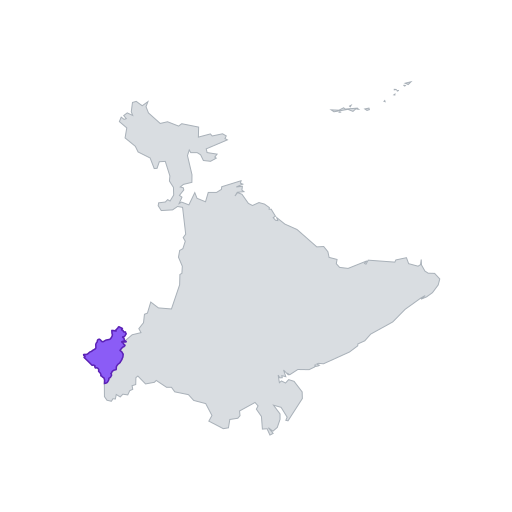 India, with Ladakh highlighted, rotated 257°
{"feature_id": "IND-20012", "entity_name": "Ladakh", "entity_type": "Union Territory", "adm_level": 1, "iso_a3": "IND", "parent_name": "India", "parent_adm1": "", "projection": "mercator", "projection_center": [77.875, 33.921], "detail": "fine", "context": "in_parent", "style": "filled", "palette": "violet", "viewbox_px": 512, "rotation_deg": 257, "n_neighbors": 0, "source": "natural_earth", "source_scale": "10m", "svg_char_len": 7009}
<svg xmlns="http://www.w3.org/2000/svg" viewBox="0 0 512 512"><g transform="rotate(257 256 256)"><path d="M78.4,229.3L85.2,227.9L85.9,223.3L98.4,225.2L106.7,221.9L109.5,224.3L113.5,222.1L108.7,205.1L104.0,204.5L102.0,201.8L102.6,193.7L94.8,190.5L95.1,185.3L105.7,172.9L110.5,177.2L123.5,173.8L129.3,162.8L136.1,159.0L141.9,146.3L147.1,144.1L148.2,139.3L157.2,130.8L155.8,128.6L156.2,119.6L165.6,113.9L164.5,111.6L157.8,109.9L157.5,106.1L153.8,105.9L153.2,102.7L149.5,99.8L151.3,95.2L149.2,92.0L152.5,88.7L148.3,86.8L149.1,84.5L147.0,82.4L149.0,78.3L153.1,76.7L170.3,80.5L181.1,77.1L195.7,65.8L198.7,66.0L198.3,69.4L202.2,79.0L210.0,83.5L207.0,87.8L207.9,95.3L212.0,100.1L213.0,109.8L209.4,111.8L206.7,108.4L202.9,109.5L207.1,117.6L207.2,126.7L211.6,125.5L216.3,131.4L224.3,134.2L224.8,137.4L234.8,143.1L227.4,149.2L223.4,161.7L245.1,175.1L255.1,177.7L255.8,179.9L262.6,181.9L272.3,180.2L278.6,182.9L279.6,186.4L286.3,190.4L290.3,189.2L293.1,192.4L319.9,195.4L321.9,190.7L319.7,185.1L321.6,173.9L327.0,172.0L329.7,173.1L329.0,179.8L330.8,182.6L328.9,184.6L333.9,189.5L341.4,191.0L348.5,188.5L353.3,190.1L368.6,188.9L369.6,183.0L363.7,179.3L364.1,176.5L375.3,174.9L383.9,164.5L390.0,163.1L400.5,155.0L409.9,158.9L417.7,153.1L421.6,155.9L418.8,158.2L419.0,160.5L422.6,158.7L424.4,162.7L420.7,167.5L424.6,166.9L433.4,170.2L433.6,174.1L428.0,178.9L430.7,185.4L426.2,182.4L419.6,183.4L406.7,192.5L406.7,200.0L400.0,209.8L401.6,213.4L394.5,229.1L384.8,226.6L385.2,239.0L382.8,240.3L382.6,250.9L379.7,254.0L377.4,252.2L375.6,254.2L371.6,231.6L367.8,231.6L364.0,241.0L361.7,238.1L360.3,239.3L358.5,233.0L360.9,226.2L367.1,224.8L369.9,222.0L371.4,215.7L374.3,214.8L369.2,211.8L349.6,211.9L342.2,210.1L342.1,201.4L340.3,197.7L338.8,200.5L336.6,200.5L332.3,195.0L330.0,197.1L324.4,192.9L325.3,195.6L320.9,202.1L331.5,210.6L325.5,211.5L320.2,219.0L328.7,223.8L326.8,231.8L328.7,237.3L331.2,238.2L332.7,258.4L330.4,257.2L329.0,259.3L327.7,252.3L327.0,258.4L323.4,257.1L321.4,258.7L322.3,252.1L319.2,249.0L321.9,252.3L319.3,256.2L309.0,260.4L306.0,263.9L307.4,270.9L304.7,275.9L300.2,279.9L298.6,279.3L298.2,281.3L290.4,283.9L289.5,281.4L286.4,283.1L285.6,285.2L288.8,284.8L280.6,291.3L272.5,302.0L251.2,317.3L250.0,324.1L244.0,327.0L238.2,326.9L234.4,334.2L230.4,332.5L226.1,334.9L223.2,342.9L226.3,362.9L224.4,360.0L223.3,361.3L226.7,364.4L218.8,389.9L220.7,391.4L220.5,402.2L214.2,403.0L209.6,411.6L210.6,414.4L215.4,416.2L210.1,415.2L203.3,417.2L200.5,419.9L198.9,426.1L192.3,429.9L186.8,427.0L180.6,419.7L177.8,413.0L176.8,407.1L179.4,411.9L178.0,407.2L170.5,389.3L161.0,374.4L154.1,350.2L148.9,342.9L147.4,335.5L145.6,334.9L141.4,325.4L135.8,297.5L137.4,292.6L137.0,290.9L135.3,293.2L134.9,291.9L135.0,289.0L137.1,289.3L134.7,288.2L133.3,282.2L136.0,271.2L132.7,262.1L134.1,260.8L132.6,260.9L138.7,257.2L131.7,257.9L133.6,254.3L131.5,254.2L131.9,251.8L135.0,250.8L127.3,250.3L128.5,252.7L125.6,256.2L128.2,260.0L125.3,264.9L113.2,270.4L106.7,269.1L88.2,250.1L89.2,248.1L92.0,250.1L102.9,246.4L106.7,239.5L96.7,243.9L91.5,242.7L84.2,238.2L81.5,233.1L85.9,229.4L79.3,232.8L78.4,229.3ZM377.4,387.2L375.1,383.0L378.2,378.6L379.0,364.4L381.5,362.1L379.4,369.6L380.7,374.7L379.1,376.0L377.4,387.2ZM390.8,440.2L390.9,446.2L388.8,442.9L390.8,440.2ZM374.7,399.3L373.1,399.4L372.9,396.9L374.8,395.1L374.7,399.3ZM385.4,430.6L385.2,432.4L384.9,430.8L385.4,430.6ZM387.3,428.2L386.6,430.5L386.8,428.1L387.3,428.2ZM389.2,438.1L388.6,439.9L388.1,439.2L389.2,438.1ZM378.5,416.4L377.3,416.5L377.9,415.5L378.5,416.4ZM377.0,388.1L375.9,389.0L376.4,387.5L377.0,388.1ZM381.0,380.9L381.5,382.6L380.2,381.4L381.0,380.9ZM382.5,427.8L381.6,427.5L382.0,426.6L382.5,427.8ZM377.5,369.6L377.0,371.4L377.3,369.4L377.5,369.6Z" fill="#d9dde1" stroke="#a8b0b8" stroke-width="1"/><path d="M195.7,65.8L195.9,66.1L196.2,66.4L196.4,66.7L196.7,66.8L197.1,66.6L197.7,66.0L198.0,65.8L198.7,65.9L198.8,66.4L198.6,67.2L198.3,68.0L198.2,69.2L198.6,70.3L199.8,72.4L199.9,72.9L200.0,74.0L200.1,74.5L200.6,75.2L200.7,75.4L201.5,78.2L201.8,78.7L202.3,79.2L202.8,79.4L205.6,79.9L206.3,80.2L207.3,81.0L207.9,81.8L208.4,82.1L209.0,82.3L209.4,82.5L209.8,82.8L209.8,83.0L210.1,83.4L210.2,83.7L210.2,84.1L210.2,84.4L210.1,84.8L209.2,85.6L208.0,86.1L207.1,86.8L206.9,88.0L207.5,89.8L207.8,90.8L207.8,91.7L207.7,94.5L207.9,95.4L208.2,95.8L209.3,96.9L209.9,97.5L210.3,97.7L210.6,97.9L211.0,98.1L211.3,98.3L211.5,98.4L211.9,98.3L212.2,98.3L213.5,98.3L214.5,98.6L215.5,98.6L215.9,98.9L215.5,100.3L214.9,100.9L215.0,101.7L215.2,102.2L214.5,102.4L214.4,102.6L215.0,102.9L215.4,103.0L216.1,103.9L217.2,105.5L217.8,106.0L217.9,106.5L217.4,107.3L216.8,107.6L216.6,108.2L216.1,108.8L215.7,109.3L215.3,109.4L215.0,108.7L214.2,108.5L213.8,109.3L213.2,109.7L212.7,109.7L212.3,109.8L212.0,110.0L211.7,110.2L211.6,110.5L211.5,111.4L211.3,111.7L211.2,111.7L210.8,111.6L210.7,111.6L210.2,111.8L209.7,112.0L209.3,111.9L208.9,111.6L208.6,111.2L207.6,110.3L207.4,109.9L207.1,109.1L207.1,108.9L207.2,108.7L207.3,108.4L207.3,108.2L207.1,107.9L206.9,107.8L206.6,107.9L206.3,108.4L206.1,108.6L205.8,108.7L205.4,108.8L203.6,108.8L203.1,108.9L202.9,109.1L202.8,109.4L202.5,109.6L202.0,110.2L201.9,110.2L201.7,110.2L201.5,109.9L201.5,109.7L201.6,109.3L201.7,109.1L201.7,108.7L201.8,108.5L201.9,108.4L202.0,108.3L202.2,108.1L202.5,107.9L202.7,107.6L202.8,107.5L202.8,107.3L202.8,106.9L202.8,106.7L202.7,106.1L202.6,105.9L202.2,105.9L202.0,106.0L202.0,106.3L201.9,106.5L201.6,106.6L201.4,106.7L201.3,106.9L201.1,107.0L200.9,107.0L200.7,107.0L200.3,107.1L200.1,107.3L199.8,107.3L199.6,107.4L199.4,107.5L199.2,107.7L199.1,107.8L198.9,108.1L198.7,108.2L198.3,108.2L198.1,108.1L198.0,107.9L198.0,107.7L197.9,107.5L197.6,107.2L197.4,107.0L197.3,106.7L197.3,106.0L197.2,105.8L197.1,105.6L196.9,105.4L196.4,104.4L196.0,103.9L195.3,103.1L195.0,102.7L194.9,102.5L194.8,102.4L194.7,102.3L194.4,102.4L194.2,102.5L194.0,102.8L193.9,102.8L193.6,103.0L193.4,103.1L193.1,103.4L192.9,103.6L192.7,103.7L192.1,103.9L191.8,104.0L191.4,104.1L190.8,104.2L190.7,104.2L190.6,104.4L190.5,104.5L190.2,104.5L188.7,104.0L187.6,103.6L187.1,103.3L186.0,102.4L185.5,102.2L185.3,102.1L185.1,101.9L184.8,101.5L184.1,100.9L183.9,100.7L183.2,99.8L183.0,99.7L182.8,99.7L182.2,98.6L181.7,97.4L180.9,96.3L179.8,95.2L178.5,94.7L177.5,94.5L176.8,94.2L176.7,93.1L176.7,91.9L176.4,91.0L175.8,89.8L174.7,89.1L174.4,88.6L174.1,88.2L173.6,88.4L172.4,88.5L171.8,88.0L171.2,87.5L170.7,87.0L170.2,86.2L170.1,85.5L169.7,85.0L168.8,84.9L167.4,83.8L166.2,82.5L165.8,81.0L165.9,79.7L169.1,80.6L169.6,80.6L170.3,80.5L170.6,80.5L171.1,80.5L171.3,80.5L171.6,80.3L172.3,79.5L173.1,78.9L173.4,78.8L173.5,78.8L173.7,78.6L173.9,78.1L174.1,78.0L174.5,77.9L175.3,78.2L175.7,78.2L177.0,77.9L178.7,76.9L179.2,76.7L179.6,76.8L180.2,77.2L180.3,77.2L180.6,77.2L181.6,77.0L181.8,76.9L182.9,75.9L183.0,75.6L182.9,74.8L183.0,74.4L183.3,74.2L183.8,74.1L184.2,74.0L184.5,74.1L184.9,74.3L185.0,74.4L185.2,74.2L185.4,74.0L186.2,73.4L186.3,73.1L186.4,72.7L186.3,72.3L186.3,71.9L186.5,71.6L191.2,68.7L195.7,65.8Z" fill="#8b5cf6" stroke="#5b21b6" stroke-width="1.5"/></g></svg>